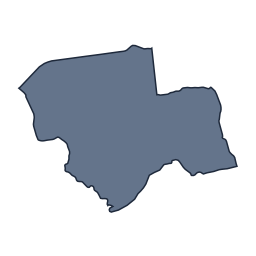 SVG path tracing the border of Centre, rotated 263°
{"feature_id": "TGO-89", "entity_name": "Centre", "entity_type": "Region", "adm_level": 1, "iso_a3": "TGO", "parent_name": "Togo", "parent_adm1": "", "projection": "natural_earth1", "projection_center": [0.902, 8.593], "detail": "fine", "context": "isolated", "style": "filled", "palette": "slate", "viewbox_px": 256, "rotation_deg": 263, "n_neighbors": 0, "source": "natural_earth", "source_scale": "10m", "svg_char_len": 2716}
<svg xmlns="http://www.w3.org/2000/svg" viewBox="0 0 256 256"><g transform="rotate(263 128 128)"><path d="M58.9,99.1L60.3,98.3L60.8,96.3L61.0,94.0L61.6,92.2L65.1,91.0L67.8,89.9L70.3,87.2L71.0,86.9L73.0,86.8L73.9,86.5L74.5,86.0L75.1,84.9L75.1,84.0L74.8,83.4L74.3,82.9L73.9,82.4L73.9,81.6L74.1,80.9L74.8,80.1L79.9,76.3L80.3,75.7L80.5,74.9L80.7,74.1L80.8,73.2L81.2,71.7L81.7,71.1L82.5,70.6L84.7,70.1L85.6,69.7L86.9,68.2L87.2,67.7L87.5,67.2L87.9,66.7L90.6,64.6L91.2,63.8L91.7,63.0L91.9,62.3L92.2,61.6L92.6,61.0L93.1,60.6L93.8,60.4L94.7,60.6L95.6,60.8L96.7,60.8L98.4,60.7L99.1,61.0L99.6,61.7L99.7,62.5L100.0,63.3L100.3,63.9L104.3,65.6L105.1,65.7L106.8,65.9L107.6,66.0L109.6,66.9L110.5,67.0L111.2,67.1L112.0,67.1L116.8,65.9L119.1,65.7L120.1,65.2L121.2,64.5L123.0,62.8L124.7,60.8L126.9,58.6L127.4,57.6L127.5,56.8L126.1,53.4L125.8,51.8L125.8,46.4L125.6,43.7L125.6,41.9L125.9,40.2L126.5,38.6L126.8,38.0L127.1,37.6L127.4,37.3L131.8,36.1L141.3,34.6L143.3,34.6L149.6,36.2L151.2,36.3L153.6,36.2L171.2,30.5L173.4,30.6L175.8,29.1L180.8,24.5L181.5,25.7L191.6,37.9L199.5,47.5L202.2,52.8L203.2,56.4L203.9,60.4L204.1,78.9L204.3,95.1L204.4,108.8L204.7,128.6L204.7,133.0L204.9,134.8L205.5,136.4L208.8,141.2L209.4,142.7L208.9,145.3L204.7,153.3L204.5,154.5L204.5,157.1L203.9,160.7L204.3,161.3L157.5,160.7L157.5,161.6L157.4,162.2L156.9,163.5L156.7,164.2L156.7,170.6L156.7,171.5L156.9,172.3L157.8,174.3L157.9,175.2L158.0,177.0L158.2,177.9L158.6,179.4L158.7,180.2L158.4,182.7L158.5,183.4L158.8,184.2L159.1,184.8L159.5,185.3L160.4,186.3L160.8,186.9L161.0,187.7L161.0,188.6L161.0,191.5L160.9,192.4L160.3,194.8L160.1,196.5L160.0,199.3L159.4,202.6L159.4,206.2L159.3,207.1L159.2,207.9L157.4,212.0L157.2,212.7L157.3,213.4L157.6,214.0L158.3,214.9L158.2,215.3L158.1,215.5L154.1,218.8L150.3,220.1L139.5,222.7L137.2,222.8L135.1,222.6L133.3,222.1L132.0,221.4L130.9,221.0L125.5,219.7L124.1,219.1L122.3,219.1L110.0,220.9L108.2,220.9L107.6,220.6L107.0,220.4L106.3,220.7L105.0,222.8L104.6,223.3L104.1,223.6L102.7,224.1L92.6,225.6L91.4,226.1L89.4,227.6L88.4,228.5L87.7,229.3L85.7,230.3L79.3,231.0L76.7,231.5L75.5,221.7L75.6,216.2L75.5,213.4L74.4,207.8L73.9,200.9L73.2,197.3L73.9,196.2L74.9,195.3L75.6,193.4L75.3,191.4L74.5,190.1L73.5,189.0L72.9,187.4L73.1,185.5L73.7,184.9L74.7,184.8L75.8,184.2L80.0,179.8L82.2,178.2L87.8,175.3L89.8,173.9L90.8,171.6L90.3,168.0L89.8,167.5L88.3,167.2L87.8,166.7L87.7,166.0L87.8,164.5L87.5,162.3L87.5,160.6L87.2,159.1L82.4,154.4L80.7,148.8L78.5,143.4L70.2,138.9L66.8,136.1L63.8,132.8L61.6,129.9L56.5,125.9L51.4,117.7L47.7,108.5L46.9,103.0L46.6,101.2L47.5,99.7L49.1,99.4L50.6,100.1L52.0,103.4L53.3,101.7L54.1,99.2L53.5,98.6L54.8,98.1L56.0,98.3L57.3,98.8L58.9,99.1Z" fill="#64748b" stroke="#1e293b" stroke-width="1.5"/></g></svg>